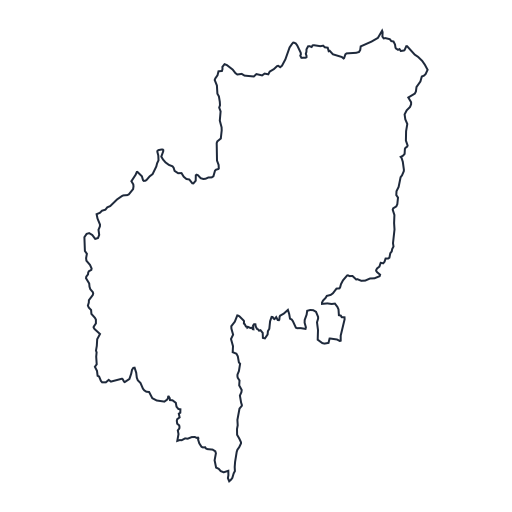 An Lao, Bình Định, Vietnam
{"feature_id": "81297802B61161719512326", "entity_name": "An Lao", "entity_type": "district", "adm_level": 2, "iso_a3": "VNM", "parent_name": "Vietnam", "parent_adm1": "Bình Định", "projection": "equal_earth", "projection_center": [108.793, 14.534], "detail": "fine", "context": "isolated", "style": "outline", "palette": "slate", "viewbox_px": 512, "rotation_deg": 0, "n_neighbors": 0, "source": "geoboundaries", "source_scale": "gbopen_adm2", "svg_char_len": 5963}
<svg xmlns="http://www.w3.org/2000/svg" viewBox="0 0 512 512"><path d="M427.6,69.8L424.9,64.8L422.2,60.9L418.1,56.9L414.7,54.6L407.1,46.2L406.3,46.2L404.6,50.0L404.0,50.5L400.8,51.0L399.5,49.1L398.0,49.8L396.0,48.5L395.5,47.7L395.0,44.5L393.5,41.5L391.3,41.1L389.8,39.2L385.4,38.1L383.7,38.4L382.4,36.6L382.6,32.2L382.1,30.7L377.9,37.9L371.5,41.6L360.7,46.4L360.2,50.0L359.0,52.0L356.2,52.8L346.6,53.4L345.4,54.3L344.1,58.1L343.6,58.5L341.8,57.0L332.9,54.3L329.7,50.8L328.7,51.2L327.7,47.7L324.8,47.3L323.2,45.7L320.3,46.2L313.9,45.2L312.6,45.4L311.6,47.0L309.6,46.2L308.1,46.3L306.5,49.3L306.4,51.9L305.8,53.8L306.5,55.8L306.5,57.2L305.7,57.7L301.4,57.8L300.3,55.7L300.9,54.2L300.7,52.7L297.2,45.4L295.7,43.4L293.8,42.6L293.2,42.6L292.1,43.8L289.6,47.4L285.4,59.3L282.0,65.7L280.2,67.2L278.2,65.8L277.1,66.1L273.9,69.1L269.7,71.6L268.3,74.3L264.6,73.6L262.1,75.4L256.4,74.1L253.8,76.5L244.5,75.6L241.7,73.9L237.3,74.5L235.4,73.1L232.7,69.6L226.9,65.1L224.5,64.2L222.4,66.9L222.5,69.1L221.9,71.0L218.5,71.3L217.5,75.3L215.3,78.4L214.7,80.0L216.9,85.5L217.4,93.7L218.9,96.4L219.8,101.8L220.0,105.2L219.2,107.6L220.6,111.4L219.8,120.6L221.6,127.4L221.7,130.4L220.8,138.5L217.3,141.4L216.7,143.1L217.0,160.6L218.6,164.9L218.8,168.4L218.4,169.0L216.0,169.7L215.0,170.7L213.4,176.3L211.7,177.4L208.3,177.5L205.7,178.7L203.4,179.0L200.7,178.2L197.9,175.2L196.6,174.7L195.8,175.3L195.7,180.7L193.4,183.4L192.3,183.3L189.3,179.5L186.4,179.0L183.7,176.7L181.5,173.1L178.1,173.2L174.6,170.9L173.6,167.7L172.5,166.3L168.9,164.9L165.5,162.4L163.0,159.5L161.3,156.6L163.2,151.4L163.3,150.1L162.7,149.5L161.5,149.5L158.5,150.1L157.5,150.8L157.3,151.7L158.3,155.5L158.5,160.3L157.1,163.3L156.3,166.5L152.6,174.1L149.6,176.4L146.7,179.8L145.5,180.7L143.7,180.9L143.0,180.1L141.9,176.3L137.4,171.9L136.8,172.0L135.6,174.8L131.4,181.2L133.3,184.4L133.5,186.4L133.1,189.1L128.8,194.4L127.3,195.1L123.3,195.4L122.0,196.0L117.1,199.4L110.2,206.1L107.3,207.3L105.4,209.7L102.0,210.7L99.9,212.8L96.6,214.2L97.5,218.5L100.0,224.6L99.9,226.4L98.5,229.8L99.2,234.9L98.0,238.0L95.2,238.9L92.3,235.0L89.1,233.1L86.6,233.9L84.4,237.2L84.9,251.0L86.9,253.8L86.1,258.1L86.4,260.7L90.0,264.9L91.6,268.5L91.3,269.9L88.8,271.3L88.2,272.6L88.0,274.4L86.3,276.6L86.0,278.2L89.2,283.5L89.5,286.7L90.3,289.2L92.8,292.1L93.2,293.4L92.8,295.0L88.9,300.2L88.8,302.6L87.9,305.6L88.8,307.6L91.1,310.0L91.4,313.9L94.9,317.8L95.9,319.6L95.9,323.4L93.7,326.7L93.6,327.5L94.5,329.0L100.0,334.0L97.2,339.2L96.8,345.9L96.0,350.6L96.6,352.4L96.2,356.7L96.7,364.3L94.9,366.8L97.0,370.9L97.6,375.8L99.1,376.5L100.9,380.9L102.1,382.3L105.9,382.3L108.7,379.9L110.9,381.6L122.0,378.7L122.7,379.2L124.0,381.6L124.7,382.1L129.4,379.0L131.2,373.7L132.0,369.9L133.3,367.9L134.6,367.7L136.2,372.7L136.8,377.7L137.8,380.3L140.5,383.0L142.9,388.6L144.2,390.3L146.3,391.7L149.1,392.0L152.3,398.2L156.7,400.5L164.4,401.6L167.0,399.7L167.9,398.4L168.2,396.6L168.7,396.5L169.7,398.1L170.0,400.1L172.5,400.3L175.8,402.8L176.5,406.7L178.4,409.0L180.4,409.3L180.3,412.7L178.8,413.7L179.6,417.4L177.2,419.2L176.8,420.8L177.2,423.7L179.2,425.4L179.5,427.0L179.3,428.5L177.8,430.4L178.5,434.1L177.3,440.9L179.6,440.1L181.7,440.2L185.1,438.4L187.7,438.7L191.7,437.1L194.8,437.0L196.7,437.9L198.0,437.6L198.4,438.2L198.1,439.6L199.3,443.4L201.5,446.8L202.8,447.4L205.2,447.3L205.7,448.3L207.3,449.1L212.6,449.6L215.3,451.3L215.9,453.3L214.6,460.3L216.1,467.6L218.7,468.8L220.7,471.1L223.7,472.3L228.3,470.8L228.4,475.1L227.9,478.1L229.2,481.3L230.9,479.8L232.3,478.0L233.7,473.3L234.9,471.1L234.7,467.0L235.1,461.8L236.7,451.9L237.4,449.7L239.2,447.2L241.0,443.4L241.0,442.3L239.3,438.6L237.1,434.8L237.0,429.0L237.7,425.3L237.4,419.9L239.5,408.6L241.8,405.8L241.9,405.1L241.1,402.6L239.9,395.6L241.4,392.2L241.7,390.0L239.2,385.4L239.5,380.5L237.7,377.7L237.4,376.0L237.5,374.5L238.9,371.1L240.1,363.8L238.9,362.4L237.8,356.3L236.4,353.7L232.7,352.2L233.0,346.2L231.0,339.0L233.1,334.7L231.4,328.6L231.3,326.2L234.8,321.7L237.3,315.4L238.1,315.6L239.4,316.3L243.6,320.5L244.0,321.1L243.9,323.6L244.7,324.1L245.9,326.5L247.0,326.7L247.3,327.7L248.3,327.0L250.4,328.0L251.8,327.7L252.8,329.2L253.4,329.3L253.1,325.5L254.1,324.2L255.4,324.3L255.7,326.4L257.0,328.9L258.2,329.5L259.1,330.7L260.5,330.2L262.7,332.9L262.9,337.9L264.9,338.4L267.6,334.5L267.9,331.2L269.3,328.8L270.1,321.2L271.6,316.9L272.6,317.0L273.7,318.7L274.5,319.1L276.2,317.1L277.7,320.0L278.9,320.2L279.3,319.7L279.6,316.8L280.1,315.7L283.8,313.6L287.9,309.9L289.2,314.1L290.0,318.7L291.7,319.5L292.9,321.2L295.9,327.7L297.2,328.2L300.6,328.1L305.5,328.9L305.9,327.3L304.6,322.7L304.7,319.9L306.6,314.7L307.2,310.8L310.2,310.0L313.2,310.2L316.0,311.8L318.1,316.9L318.1,318.6L317.0,322.3L318.0,330.1L317.7,339.7L322.3,343.1L324.5,343.6L328.5,342.9L329.6,338.5L330.1,338.5L337.0,339.5L339.8,341.0L340.7,340.7L340.7,335.6L344.6,319.3L344.5,317.3L341.7,317.2L340.8,315.6L338.9,315.2L338.5,309.4L337.4,306.9L334.9,303.6L331.7,304.0L327.3,303.4L322.0,303.9L322.0,302.6L323.0,300.6L325.6,297.9L326.8,295.9L330.7,294.9L332.9,293.3L336.5,288.6L339.4,288.4L340.1,287.4L341.0,284.1L343.0,280.3L347.1,275.5L347.9,275.3L349.5,276.1L352.5,276.0L356.2,279.5L357.4,279.2L361.3,280.8L365.2,280.6L370.0,278.5L374.5,278.3L379.6,276.2L380.1,274.7L377.1,272.2L376.2,270.9L376.1,270.3L377.0,268.5L379.4,266.6L380.7,262.8L383.2,263.3L384.5,261.8L385.6,258.5L388.2,258.5L389.4,257.7L390.3,253.2L391.7,251.5L392.2,249.0L393.5,246.5L393.0,243.2L394.5,229.5L394.1,223.1L394.4,215.0L392.7,209.7L393.2,208.3L396.3,206.4L397.3,204.2L398.0,197.6L396.3,195.1L396.5,191.2L398.6,187.0L400.6,177.2L402.0,175.4L403.8,171.2L403.9,169.8L402.8,161.8L401.6,158.0L400.7,156.9L403.0,155.7L404.6,153.9L404.9,148.9L405.5,147.8L407.2,146.6L407.6,145.5L405.9,140.6L406.1,131.1L407.3,124.0L405.3,119.3L404.6,114.4L406.7,110.3L410.0,107.0L411.1,104.3L411.1,102.2L408.3,97.5L414.8,93.6L415.9,91.5L416.5,87.0L420.4,81.5L421.8,76.5L423.9,75.7L425.6,74.1L427.6,69.8Z" fill="none" stroke="#1e293b" stroke-width="2"/></svg>